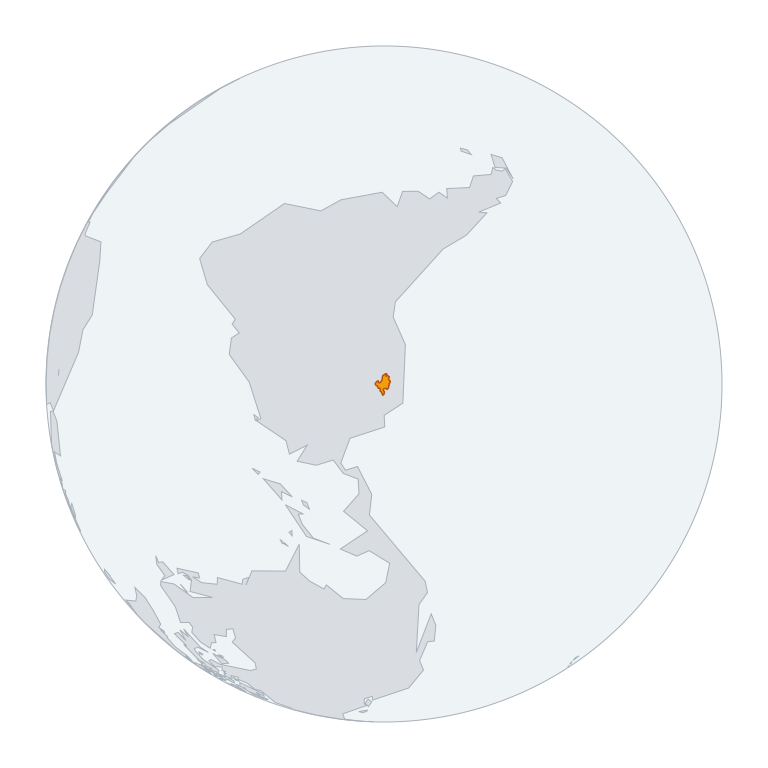 San Martín on an orthographic globe, rotated 214°
{"feature_id": "PER-582", "entity_name": "San Martín", "entity_type": "Department", "adm_level": 1, "iso_a3": "PER", "parent_name": "Peru", "parent_adm1": "", "projection": "orthographic", "projection_center": [-76.762, -7.06], "detail": "fine", "context": "on_globe", "style": "filled", "palette": "amber", "viewbox_px": 768, "rotation_deg": 214, "n_neighbors": 0, "source": "natural_earth", "source_scale": "10m", "svg_char_len": 8692}
<svg xmlns="http://www.w3.org/2000/svg" viewBox="0 0 768 768"><g transform="rotate(214 384 384)"><circle cx="384" cy="384" r="338" fill="#eef3f6" stroke="#a8b0b8"/><path d="M278.1,63.1L278.9,63.6L295.8,59.2L314.9,60.9L319.9,58.7L330.3,59.5L340.0,57.6L340.8,59.5L347.8,56.6L345.2,55.4L347.4,53.9L352.9,53.1L354.8,54.9L352.4,55.6L355.8,55.8L354.4,57.2L358.2,56.0L359.9,59.0L366.3,55.0L374.4,56.6L373.4,58.9L363.0,60.0L334.6,71.7L330.4,76.3L334.8,80.7L365.5,85.2L365.1,90.5L372.4,96.6L377.4,92.5L373.5,86.4L384.7,81.3L378.6,75.6L382.3,73.1L380.3,67.7L392.0,67.5L404.4,70.6L406.7,75.4L412.2,77.3L419.3,72.5L432.4,82.6L456.4,92.0L458.6,95.4L446.2,100.8L422.9,100.1L406.8,111.2L428.8,103.5L433.8,113.7L439.4,115.7L445.8,115.3L448.5,111.5L452.6,115.5L432.4,123.5L428.4,120.0L434.8,117.1L423.9,117.4L410.3,124.7L413.9,130.4L389.6,138.7L391.9,143.1L387.9,148.1L385.9,140.1L389.0,155.2L361.0,173.8L364.7,203.7L348.6,180.9L335.2,179.0L319.1,180.5L319.4,185.2L297.8,183.3L278.4,195.3L271.5,220.2L279.1,238.6L303.2,237.5L310.3,226.1L327.9,222.8L315.5,253.1L346.3,255.9L343.3,279.0L352.3,290.7L367.7,287.1L383.6,292.6L394.7,278.8L412.8,271.4L413.5,290.3L423.2,273.0L433.5,282.2L469.3,282.2L466.6,286.4L496.8,310.2L528.8,322.0L536.2,336.8L532.5,345.4L543.4,348.8L543.5,354.6L586.1,367.6L607.0,385.0L605.7,405.8L587.1,427.9L567.4,478.0L533.1,492.2L522.6,512.7L492.8,541.9L472.2,538.4L476.3,554.1L463.4,562.9L449.6,562.9L445.7,573.7L435.4,573.6L441.3,581.1L422.9,594.7L426.2,606.5L412.4,617.6L414.9,624.4L410.3,624.1L405.0,626.6L404.0,630.3L390.6,623.8L388.5,608.4L394.6,600.7L388.5,599.3L401.6,579.5L394.4,583.4L398.9,553.5L410.5,528.9L420.5,458.5L413.8,444.6L388.3,428.6L357.7,378.7L366.3,358.1L359.4,348.8L381.8,320.0L375.7,294.4L367.7,290.9L359.9,300.8L332.5,285.7L322.8,267.2L239.6,243.5L231.3,235.4L231.7,220.8L207.1,179.5L216.3,219.8L206.1,212.9L198.6,199.1L203.7,194.7L199.9,174.7L191.3,168.9L193.6,145.7L216.8,115.5L219.0,118.6L224.3,112.0L221.8,108.1L218.9,107.4L233.8,87.4L229.2,84.2L216.7,90.5L228.0,84.3L211.1,93.6L232.7,81.9L255.0,71.7L278.1,63.1ZM70.3,267.7L72.7,260.5L72.4,263.9L70.3,267.7ZM73.5,256.9L72.8,259.2L73.2,257.4L73.5,256.9ZM73.3,256.2L73.4,256.7L73.0,256.9L73.3,256.2ZM72.8,256.3L73.2,255.9L73.0,256.3L72.8,256.3ZM363.1,214.3L398.3,228.8L378.5,231.0L382.2,228.1L373.3,222.0L356.6,216.7L339.2,220.8L363.1,214.3ZM73.0,254.1L73.1,253.4L73.8,252.3L73.0,254.1ZM378.4,196.8L372.3,195.8L378.3,195.5L378.4,196.8ZM216.5,107.9L221.1,108.6L220.9,113.9L216.4,113.6L216.5,107.9ZM217.8,99.7L221.8,98.3L215.5,104.3L215.2,103.1L217.8,99.7ZM206.3,96.6L208.8,95.3L204.1,98.0L206.3,96.6ZM374.0,68.4L377.1,68.1L375.9,69.2L374.0,68.4ZM370.3,66.6L366.7,68.2L364.3,67.6L366.6,66.6L370.3,66.6ZM375.3,64.9L360.7,66.5L356.7,65.6L362.0,61.4L375.3,64.9ZM342.0,55.5L345.0,56.7L337.5,56.6L342.0,55.5ZM336.6,55.9L310.4,59.7L308.7,58.1L317.8,56.8L311.6,56.2L323.7,53.4L329.8,53.2L328.5,54.5L334.2,52.6L336.6,55.9ZM347.7,53.4L342.6,54.0L340.7,52.5L350.7,51.2L348.1,52.0L347.7,53.4ZM304.0,57.7L304.4,56.8L314.4,54.2L315.8,53.7L323.8,53.3L304.0,57.7ZM351.3,51.9L355.9,50.6L361.7,50.6L352.6,52.8L351.3,51.9ZM336.0,52.9L335.6,52.3L339.1,52.1L336.0,52.9ZM384.9,51.3L378.7,51.4L377.3,50.5L384.9,51.3ZM357.2,50.2L355.1,50.2L353.9,50.0L358.0,49.3L357.2,50.2ZM330.3,51.8L334.3,51.1L327.5,51.7L334.7,50.4L338.7,50.6L340.0,49.9L342.2,49.5L343.0,50.2L330.3,51.8ZM358.3,48.4L365.9,49.1L377.7,48.8L379.3,49.4L360.1,49.9L358.3,48.4ZM349.3,49.3L355.3,48.7L354.3,49.4L349.5,50.3L349.3,49.3ZM338.1,49.5L326.1,51.6L325.6,51.5L338.1,49.5ZM362.0,48.0L360.0,47.9L362.9,47.9L362.0,48.0ZM345.6,48.7L341.4,49.3L341.0,49.2L345.6,48.7ZM359.7,47.5L362.1,47.6L359.0,48.0L359.7,47.5ZM353.4,47.9L353.8,47.7L356.4,48.1L351.6,48.2L353.4,47.9ZM345.9,48.6L344.3,48.7L347.7,48.4L345.9,48.6ZM370.1,46.5L374.2,46.8L367.3,47.5L364.3,46.9L370.1,46.5ZM412.6,637.6L391.5,626.2L403.5,631.3L413.0,625.6L423.6,634.2L412.6,637.6ZM440.0,623.0L450.3,620.2L452.5,622.2L445.8,624.7L440.0,623.0ZM625.9,148.1L627.0,149.6L645.3,174.9L643.3,176.4L634.4,170.3L612.0,143.5L619.1,143.4L611.3,135.5L596.4,123.7L599.8,125.2L594.6,120.9L596.0,121.1L587.1,114.0L607.2,130.3L625.9,148.1ZM674.4,556.8L684.7,538.0L707.6,479.1L714.5,454.2L718.2,433.9L720.8,387.3L720.8,363.5L719.6,352.7L718.2,353.8L715.8,341.0L714.2,339.9L698.1,343.5L688.2,326.6L664.5,278.1L663.9,260.4L655.0,239.6L643.0,177.0L650.3,181.8L652.3,178.5L666.0,197.8L678.3,218.0L689.2,239.0L698.6,260.7L706.5,283.0L712.7,305.8L717.4,329.0L720.4,352.5L721.8,376.1L721.6,399.7L719.6,423.3L716.1,446.7L710.9,469.8L704.1,492.4L695.7,514.5L685.8,536.0L674.4,556.8ZM658.6,208.7L661.7,214.6L658.6,208.7ZM470.4,282.0L474.7,285.8L469.1,285.7L470.4,282.0ZM375.9,238.5L383.2,238.7L387.2,241.5L381.5,242.5L375.9,238.5ZM437.8,238.7L446.2,240.4L437.5,241.7L437.8,238.7ZM403.8,230.8L431.0,238.0L414.1,243.2L396.9,239.1L408.7,237.4L403.8,230.8ZM375.2,206.8L379.8,207.9L378.5,211.1L375.2,206.8ZM382.7,196.8L381.0,197.0L378.6,194.6L382.7,196.8ZM434.9,113.2L436.7,112.7L443.3,113.3L440.4,114.9L434.9,113.2ZM471.4,107.4L477.2,114.0L471.0,110.0L468.1,112.8L451.5,108.6L458.8,97.0L458.5,102.6L471.4,107.4ZM431.4,101.2L441.1,104.2L430.2,101.4L431.4,101.2ZM564.6,100.4L569.4,103.0L575.3,107.4L576.0,110.3L567.5,103.6L564.6,100.4ZM574.8,105.9L554.1,93.0L552.9,91.6L557.1,94.4L558.3,94.8L565.4,99.5L584.4,112.1L590.9,117.0L588.7,117.8L585.9,114.4L581.3,111.6L574.8,105.9ZM503.6,71.3L494.6,68.1L503.5,68.8L510.8,71.9L512.0,74.1L504.0,72.0L503.6,71.3ZM387.5,58.4L383.5,58.9L382.9,58.1L385.9,57.1L387.5,58.4ZM382.1,51.4L404.4,56.0L401.0,56.6L418.2,59.8L415.7,63.0L404.7,60.5L415.7,66.0L404.7,65.0L413.2,68.9L388.9,63.1L379.5,63.3L390.9,61.7L393.4,58.7L391.6,57.4L379.6,54.5L360.6,54.4L360.0,52.3L364.7,50.9L369.2,50.5L368.1,51.8L374.8,50.5L376.8,52.2L382.1,51.4ZM448.6,52.3L448.1,52.2L452.0,53.0L455.9,53.9L461.0,55.1L461.7,55.6L468.1,57.3L464.8,56.7L475.7,59.7L467.9,57.8L472.1,59.5L477.4,60.4L468.4,65.2L470.6,70.2L476.7,76.0L462.5,73.3L447.7,66.8L434.8,60.0L434.6,56.2L428.3,56.2L426.3,54.6L432.2,55.3L422.0,53.5L422.0,52.5L410.4,49.4L395.7,48.6L391.1,47.9L396.8,47.8L388.2,47.3L395.9,46.9L392.8,46.6L397.3,46.4L410.1,47.1L448.6,52.3ZM393.7,46.2L395.2,46.3L383.8,46.8L385.6,47.1L378.7,48.5L366.6,48.5L369.7,48.0L369.9,47.6L373.6,47.7L370.8,47.3L374.9,46.8L373.9,46.6L379.0,46.4L371.8,46.3L382.5,46.1L393.7,46.2Z" fill="#d9dde1" stroke="#a8b0b8" stroke-width="1"/><path d="M378.8,374.1L379.0,374.3L379.2,374.5L379.4,374.6L380.1,374.8L380.5,375.0L380.7,375.3L380.9,375.4L381.2,375.7L381.4,375.8L381.6,375.9L382.8,375.9L383.0,376.0L383.3,376.1L383.6,376.4L383.7,376.6L383.8,376.7L384.0,377.3L384.2,377.6L384.3,377.8L384.5,377.9L384.6,378.0L384.8,378.0L385.0,378.0L385.4,377.9L386.2,377.3L386.4,377.3L386.5,377.3L386.8,377.4L386.9,377.6L387.1,377.8L387.5,378.2L387.6,378.3L387.8,378.4L388.0,378.5L388.5,378.4L389.0,378.4L389.4,378.4L390.1,378.5L390.4,378.6L390.8,378.8L391.0,378.9L391.4,379.3L391.5,379.6L391.6,379.8L391.4,381.6L391.4,381.8L391.3,382.3L391.2,382.5L390.9,382.9L390.8,383.1L390.7,383.3L390.4,383.3L390.3,383.2L389.8,382.6L389.7,382.4L389.4,382.3L389.2,382.2L388.8,382.2L388.7,382.2L388.5,382.3L388.4,382.4L388.2,382.7L387.9,383.3L387.8,383.6L387.9,383.9L387.9,384.0L388.0,384.1L388.0,384.3L387.9,385.6L387.9,385.9L388.0,386.2L388.1,386.6L389.5,389.6L389.7,390.2L389.7,390.4L389.7,390.6L389.7,390.8L389.1,391.5L388.9,392.0L388.9,392.3L388.7,392.9L388.4,393.1L388.1,393.6L388.0,393.8L387.8,393.9L387.7,393.9L387.5,393.7L387.4,393.7L387.4,393.4L387.3,393.2L387.3,392.9L387.2,392.9L387.1,392.7L386.9,392.4L386.8,392.1L386.7,391.8L386.4,391.9L386.4,392.0L386.4,392.5L386.3,392.8L386.2,393.0L385.8,393.1L385.0,393.0L384.8,392.9L384.3,392.8L384.1,392.7L383.9,392.7L383.5,392.8L383.4,392.7L383.2,391.2L382.8,390.5L382.7,390.5L382.5,390.4L382.3,390.3L382.1,390.2L381.9,390.1L381.3,390.0L381.2,389.9L380.9,390.0L380.7,390.0L380.5,389.9L380.4,389.8L380.3,389.7L380.2,389.5L380.3,389.5L380.3,389.4L380.3,389.1L380.0,388.6L379.9,388.4L379.9,388.1L379.8,387.9L379.8,387.7L380.0,387.2L379.9,386.9L379.6,386.5L379.4,386.3L379.3,386.2L379.1,386.0L379.0,385.6L378.9,385.5L378.9,385.3L379.1,385.0L379.1,384.9L379.0,384.7L378.7,384.4L378.5,383.9L378.4,383.8L378.3,383.7L378.2,383.5L378.1,383.4L378.0,383.2L378.2,382.5L378.3,381.9L378.3,381.6L378.3,381.4L378.4,381.2L378.6,381.1L378.8,381.2L379.0,381.3L379.3,381.4L379.6,381.4L379.9,381.4L380.0,381.4L380.4,381.3L380.5,381.2L380.7,380.9L380.8,380.7L381.0,380.4L381.5,379.9L381.6,379.6L381.5,379.1L381.4,378.8L381.2,378.6L381.0,378.4L380.8,378.3L380.5,378.2L379.8,378.0L379.5,377.9L379.4,377.8L379.3,377.7L379.1,377.5L379.0,377.2L378.4,376.1L378.4,375.9L378.5,375.7L378.5,375.4L378.4,374.8L378.4,374.7L378.5,374.6L378.6,374.3L378.8,374.1Z" fill="#f59e0b" stroke="#b45309" stroke-width="1.5"/></g></svg>